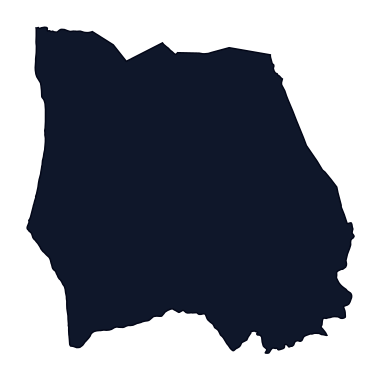 La Ceiba, Atlántida, Honduras (Robinson projection), rotated 272°
{"feature_id": "27666195B56820248384798", "entity_name": "La Ceiba", "entity_type": "district", "adm_level": 2, "iso_a3": "HND", "parent_name": "Honduras", "parent_adm1": "Atlántida", "projection": "robinson", "projection_center": [-86.825, 15.67], "detail": "fine", "context": "isolated", "style": "filled", "palette": "ink", "viewbox_px": 384, "rotation_deg": 272, "n_neighbors": 0, "source": "geoboundaries", "source_scale": "gbopen_adm2", "svg_char_len": 5734}
<svg xmlns="http://www.w3.org/2000/svg" viewBox="0 0 384 384"><g transform="rotate(272 192 192)"><path d="M350.5,30.4L349.7,30.6L348.2,30.7L342.3,30.9L337.0,30.9L335.3,31.0L332.5,31.4L327.1,31.5L325.5,31.5L319.4,31.1L316.9,31.2L310.9,31.0L308.2,31.2L304.4,31.9L301.7,32.9L295.8,36.8L293.0,37.4L288.0,38.1L282.3,38.5L281.3,38.9L279.8,40.2L278.7,40.9L276.6,41.7L275.0,42.1L269.4,42.7L257.1,43.1L250.8,43.0L248.3,42.7L245.9,43.0L243.9,43.0L240.8,43.6L236.9,43.7L228.9,43.3L225.6,42.7L221.8,42.3L218.1,41.5L213.8,41.3L212.5,41.0L210.4,40.8L206.9,40.3L204.6,40.1L199.0,38.8L195.5,38.3L191.3,37.9L184.6,36.7L182.1,35.9L181.4,36.1L180.4,35.9L177.6,35.1L174.7,34.5L173.0,34.0L171.3,33.7L161.3,31.5L159.1,30.7L158.0,29.9L157.4,30.0L156.5,30.2L156.0,30.2L154.8,29.8L151.8,28.7L150.8,28.5L150.1,28.5L149.1,28.9L148.4,29.7L147.3,30.5L145.7,32.6L144.1,33.5L140.9,34.6L140.3,35.0L139.1,36.0L138.1,37.3L137.4,37.7L135.1,39.8L131.9,42.0L129.8,43.1L127.4,45.1L126.4,46.4L124.1,48.7L122.0,51.2L121.1,51.9L119.3,52.8L115.7,53.8L114.5,54.3L111.9,55.0L110.7,55.5L109.8,56.2L109.2,56.8L108.8,57.6L107.4,58.7L105.5,59.5L104.4,60.2L102.2,61.2L100.4,62.5L99.7,63.5L97.7,64.9L95.2,66.2L93.1,67.8L90.3,68.7L87.1,69.2L83.4,70.1L80.8,70.3L78.6,70.7L75.2,70.8L71.1,71.1L64.0,72.4L60.4,72.6L56.2,73.1L54.0,73.1L52.9,73.5L49.3,73.6L44.9,74.0L43.8,74.2L39.6,74.7L35.7,75.1L35.0,75.3L33.9,76.0L33.6,78.7L32.5,82.3L32.7,84.5L33.0,85.5L35.0,88.0L36.1,88.8L38.4,90.3L39.2,91.1L42.3,93.7L44.5,95.2L46.1,95.8L47.2,96.4L48.7,98.2L49.4,99.5L50.0,101.7L50.3,103.9L50.4,105.5L51.0,108.6L50.9,111.3L51.2,114.0L52.0,116.4L53.7,119.0L54.4,120.8L54.5,122.0L54.3,123.7L54.3,127.7L54.6,128.8L55.8,131.1L56.4,132.8L56.5,135.3L56.9,137.7L58.9,141.9L59.1,142.9L59.9,145.5L60.6,146.9L61.3,149.2L61.8,152.1L62.2,153.3L62.8,154.1L66.0,157.6L66.3,158.1L66.8,161.0L66.7,164.5L66.9,165.9L67.1,166.2L69.6,168.2L70.7,168.9L71.3,169.5L72.8,171.7L73.3,172.7L74.2,174.6L74.5,175.9L74.5,176.6L74.3,177.3L73.5,178.5L73.2,179.4L71.8,181.9L71.3,183.0L71.4,183.6L73.2,186.5L73.4,187.2L73.1,188.1L71.4,190.2L71.0,191.5L71.1,193.6L71.4,195.6L71.2,196.4L71.5,199.7L71.6,200.7L71.5,201.1L70.4,202.5L70.0,203.3L70.1,205.3L70.7,207.6L70.7,208.6L70.5,209.2L69.7,209.9L66.0,211.5L64.7,212.4L62.4,215.1L61.9,215.9L60.7,217.5L59.1,218.5L57.3,219.4L55.8,221.7L54.7,223.0L53.4,223.8L50.1,225.5L48.5,227.4L47.1,228.6L41.6,232.2L39.8,233.8L36.9,235.9L35.4,237.6L34.9,238.5L34.9,238.9L35.1,239.4L37.3,241.8L37.7,242.8L39.1,244.8L40.3,245.7L42.7,246.7L43.4,247.2L45.5,251.0L46.1,251.9L49.0,253.1L53.0,255.6L53.6,255.8L54.2,255.7L54.6,255.9L54.8,256.3L54.9,257.5L55.3,258.8L55.3,259.2L54.7,260.6L54.5,261.9L54.3,262.4L53.9,262.6L53.5,262.6L53.0,261.9L52.6,261.7L52.3,261.7L51.8,262.0L51.4,262.7L51.4,264.2L51.2,265.0L50.5,265.9L49.6,266.6L48.9,266.8L44.6,267.4L40.7,268.6L39.5,269.7L38.1,271.6L37.2,272.3L36.8,272.3L35.8,271.9L34.1,270.9L33.7,271.0L33.6,271.5L33.6,273.3L33.8,274.1L34.0,274.5L35.9,275.7L37.2,276.4L38.5,277.5L38.8,278.0L38.9,278.8L38.6,280.9L39.0,282.1L38.7,282.5L37.7,283.3L37.4,283.7L37.3,284.1L37.6,285.3L38.6,288.2L39.2,289.2L39.7,289.6L40.3,289.8L42.4,289.8L42.7,290.0L42.8,290.3L42.9,291.2L42.7,292.1L42.2,292.8L40.8,293.9L40.6,294.3L40.7,295.0L41.3,296.0L41.3,297.0L41.5,297.6L42.0,298.2L42.7,298.9L43.4,299.2L45.4,299.8L46.2,300.6L46.8,301.5L47.1,302.6L47.0,303.4L46.6,305.1L46.7,305.7L46.9,306.2L47.4,306.9L48.0,307.3L50.7,308.4L51.8,309.4L52.6,310.9L54.2,314.8L54.3,315.4L54.3,316.9L55.1,319.3L55.2,323.4L55.0,324.3L54.1,326.4L54.0,328.1L53.4,331.3L53.5,331.8L55.7,330.6L56.9,329.7L59.6,327.4L61.4,325.6L62.0,325.7L63.9,326.5L67.5,326.7L69.2,327.0L70.0,327.4L70.4,327.8L70.6,328.6L70.4,330.5L71.1,332.6L71.4,334.4L72.2,336.7L72.5,338.7L72.4,342.1L72.1,343.0L71.1,344.9L71.0,345.7L71.0,346.7L71.2,347.6L71.6,348.6L72.1,349.3L72.3,349.5L73.1,349.6L77.2,349.2L78.6,348.9L81.9,347.6L82.8,347.6L83.1,347.8L83.4,348.4L84.6,351.4L85.7,352.7L87.6,353.7L91.9,355.1L93.1,355.2L94.4,355.1L95.2,354.8L96.1,354.3L96.6,353.8L98.6,350.6L100.0,349.4L101.9,346.6L103.2,344.9L104.6,343.4L106.6,341.8L110.2,339.8L111.4,339.3L114.0,339.5L116.3,339.3L116.8,339.4L117.3,339.7L118.3,340.7L119.8,343.5L120.0,344.2L120.1,345.2L120.3,345.6L122.3,348.1L124.0,348.8L125.6,348.9L129.0,348.2L135.4,349.5L141.3,351.5L144.2,352.3L145.1,352.4L147.3,352.2L149.3,352.4L149.9,352.7L150.8,353.4L152.0,354.9L153.5,355.5L154.6,354.9L156.4,353.4L158.7,353.6L160.3,354.0L160.8,354.0L162.6,353.4L165.2,352.9L166.5,352.3L166.7,351.9L166.6,351.1L165.9,349.0L166.0,348.4L166.3,348.0L174.7,344.9L182.2,341.6L184.1,341.5L196.5,337.8L202.0,336.5L209.1,330.7L216.5,324.2L218.5,321.6L227.1,316.0L242.4,304.7L250.1,301.5L267.2,293.8L276.3,289.9L287.3,284.8L291.2,283.1L296.3,281.2L301.5,278.2L302.6,277.7L304.6,277.6L308.1,278.4L309.0,277.1L310.9,275.3L311.8,273.7L313.2,272.9L313.4,272.3L313.5,271.7L313.8,271.2L314.7,270.5L316.0,269.7L318.5,268.9L320.5,269.4L321.6,269.3L322.0,269.1L322.8,268.0L323.6,267.5L329.5,265.7L331.2,265.5L331.8,265.5L337.5,224.1L332.1,206.6L331.0,203.5L330.5,199.5L330.5,197.8L331.0,194.3L330.7,172.7L329.3,171.6L329.1,171.2L329.0,170.7L329.4,169.6L331.6,167.1L332.7,165.5L334.9,163.3L336.2,161.4L338.6,158.4L340.0,157.3L320.3,121.8L336.3,108.2L348.8,86.8L348.6,86.4L348.0,84.4L347.7,82.9L347.6,81.8L347.7,79.2L348.0,77.8L348.8,74.9L348.8,74.1L348.5,71.1L348.6,70.0L348.6,67.8L348.2,65.3L348.2,64.3L348.9,61.7L349.9,58.8L350.0,56.2L349.8,55.0L349.1,53.9L347.2,51.8L347.1,51.2L347.1,49.3L347.3,48.5L347.8,47.3L347.8,46.9L347.4,45.5L347.5,45.1L348.1,44.3L348.0,42.0L348.4,41.7L348.9,41.6L350.6,41.7L351.1,41.3L351.4,40.6L351.5,38.8L351.4,38.4L350.8,35.6L350.5,35.0L350.2,34.8L350.1,34.4L350.1,33.7L350.2,33.4L350.8,33.0L351.0,32.7L350.6,31.5L350.5,30.4Z" fill="#0f172a" stroke="#020617" stroke-width="1.5"/></g></svg>